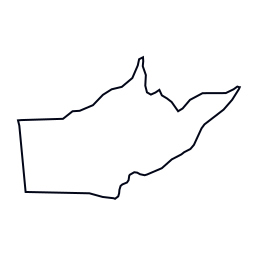 the Province of Makamba, rotated 2°
{"feature_id": "BDI-2641", "entity_name": "Makamba", "entity_type": "Province", "adm_level": 1, "iso_a3": "BDI", "parent_name": "Burundi", "parent_adm1": "", "projection": "mercator", "projection_center": [29.841, -4.203], "detail": "fine", "context": "isolated", "style": "outline", "palette": "ink", "viewbox_px": 256, "rotation_deg": 2, "n_neighbors": 0, "source": "natural_earth", "source_scale": "10m", "svg_char_len": 908}
<svg xmlns="http://www.w3.org/2000/svg" viewBox="0 0 256 256"><g transform="rotate(2 128 128)"><path d="M238.2,83.4L237.5,85.2L231.1,96.2L222.9,106.3L204.3,121.7L201.5,125.8L194.5,142.5L191.1,146.8L185.0,150.2L182.3,152.5L172.9,157.8L163.2,167.0L148.7,173.8L146.3,174.6L141.7,173.8L138.8,172.3L135.8,172.0L131.4,174.7L130.9,175.6L130.4,180.1L128.9,182.5L124.3,184.6L122.6,186.2L121.6,190.1L121.4,193.6L120.6,196.7L117.5,199.2L116.2,198.7L105.1,197.8L91.7,194.6L27.9,195.5L19.3,129.4L17.8,124.2L21.2,123.8L62.7,121.1L72.0,113.2L79.1,112.5L92.2,106.4L101.8,95.7L110.3,89.9L120.4,87.1L130.6,77.9L135.6,65.1L136.7,58.9L140.5,56.8L140.9,60.7L140.6,65.7L144.0,74.5L143.8,85.1L145.7,91.7L149.7,93.8L154.2,91.6L158.0,88.8L160.7,94.2L165.8,97.0L170.7,100.5L177.5,109.5L181.9,106.6L189.0,97.7L201.3,90.6L224.5,89.7L232.2,85.6L235.8,82.8L238.1,83.4L238.2,83.4Z" fill="none" stroke="#020617" stroke-width="2"/></g></svg>